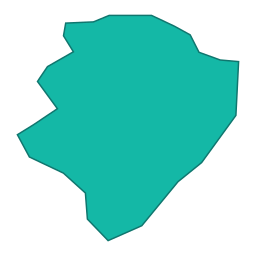 outline of Trosa, Södermanland, Sweden
{"feature_id": "70781695B57968979850180", "entity_name": "Trosa", "entity_type": "district", "adm_level": 2, "iso_a3": "SWE", "parent_name": "Sweden", "parent_adm1": "Södermanland", "projection": "equal_earth", "projection_center": [17.46, 58.899], "detail": "fine", "context": "isolated", "style": "filled", "palette": "teal", "viewbox_px": 256, "rotation_deg": 0, "n_neighbors": 0, "source": "geoboundaries", "source_scale": "gbopen_adm2", "svg_char_len": 426}
<svg xmlns="http://www.w3.org/2000/svg" viewBox="0 0 256 256"><path d="M65.7,23.1L63.5,35.8L73.4,51.8L47.5,66.6L39.5,78.4L37.5,81.5L57.4,108.7L33.4,124.8L17.4,134.7L29.4,157.0L63.4,173.1L85.4,193.0L87.4,219.1L108.1,240.6L141.8,225.7L178.0,181.7L201.6,162.6L235.9,115.4L238.6,61.6L220.2,60.0L199.0,52.3L190.2,34.9L174.4,26.2L151.5,15.4L109.2,15.4L93.4,21.9L65.7,23.1Z" fill="#14b8a6" stroke="#0f766e" stroke-width="1.5"/></svg>